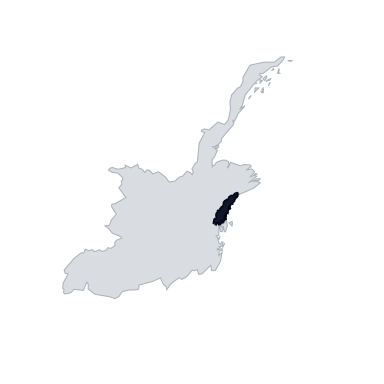 Thandwe, Rakhine, Myanmar (highlighted), rotated 227°
{"feature_id": "60261553B46892654123535", "entity_name": "Thandwe", "entity_type": "district", "adm_level": 2, "iso_a3": "MMR", "parent_name": "Myanmar", "parent_adm1": "Rakhine", "projection": "albers", "projection_center": [94.444, 18.437], "detail": "fine", "context": "in_parent", "style": "filled", "palette": "ink", "viewbox_px": 384, "rotation_deg": 227, "n_neighbors": 0, "source": "geoboundaries", "source_scale": "gbopen_adm2", "svg_char_len": 9028}
<svg xmlns="http://www.w3.org/2000/svg" viewBox="0 0 384 384"><g transform="rotate(227 192 192)"><path d="M249.3,171.2L245.4,169.4L242.6,171.2L238.3,170.7L238.9,174.4L236.5,175.7L232.1,175.5L229.6,181.3L220.7,182.9L214.8,182.0L211.6,187.1L211.5,192.9L209.9,196.4L210.7,202.5L206.9,204.1L204.5,203.8L205.8,206.6L208.9,207.7L210.8,213.9L210.3,216.4L222.8,230.5L226.8,241.8L229.7,240.2L230.7,241.3L229.5,244.3L225.8,246.7L225.5,258.7L219.3,261.7L219.6,265.7L220.4,268.5L226.1,276.3L232.4,281.6L236.0,287.3L236.9,295.8L236.1,299.3L237.9,304.4L241.2,307.6L245.2,320.9L238.1,332.9L230.8,340.8L230.1,349.0L227.7,351.8L226.5,349.2L225.7,340.7L229.3,335.2L230.2,324.6L232.4,322.3L231.2,321.3L228.3,322.1L229.1,313.6L227.4,313.3L228.8,311.4L226.7,297.3L220.8,287.4L219.9,283.1L219.2,288.9L218.5,287.8L218.1,280.0L214.7,271.4L215.1,270.7L216.6,271.4L215.2,269.5L214.0,269.9L213.0,267.8L211.0,250.1L208.8,247.6L209.5,239.9L211.0,237.9L205.1,238.8L202.3,232.4L202.0,228.8L196.1,223.5L197.1,225.2L196.1,227.0L197.1,230.0L194.8,235.7L192.4,238.3L189.2,239.3L186.7,237.8L186.1,234.8L185.1,234.8L187.4,240.4L178.0,245.3L176.6,248.7L171.8,253.2L170.3,252.6L171.0,246.6L168.2,251.4L164.2,251.6L163.3,245.2L161.7,248.9L159.4,250.1L160.1,239.4L159.5,242.5L155.7,246.7L152.0,248.1L152.9,239.3L157.8,225.4L158.2,220.8L155.5,209.7L151.2,200.4L152.5,200.3L149.6,197.6L149.2,190.7L147.4,193.2L147.2,197.5L143.5,195.2L140.0,189.2L141.4,188.7L145.5,191.5L147.8,189.9L148.4,188.0L142.0,182.1L143.6,179.7L141.5,179.7L136.1,176.9L134.5,177.4L135.2,179.9L134.1,180.6L132.0,176.8L133.5,174.9L132.2,174.8L133.1,171.5L132.6,171.0L130.0,175.4L128.5,174.3L130.2,172.1L129.5,170.8L127.2,168.2L127.4,172.9L121.8,165.4L118.7,155.3L121.2,152.7L125.6,155.8L125.3,143.3L127.2,140.7L131.6,142.9L132.9,139.8L134.7,139.0L133.6,130.5L135.0,125.0L138.0,124.1L138.7,119.6L139.2,113.6L137.8,106.9L140.5,108.6L143.5,108.0L150.7,110.3L153.3,102.5L160.0,89.8L157.5,86.9L157.9,85.1L163.8,78.5L166.7,72.5L165.4,67.2L166.6,62.9L171.9,60.1L183.4,51.2L191.9,49.9L195.4,53.3L197.8,53.6L194.1,45.5L201.3,39.3L201.0,34.4L204.3,29.3L206.2,29.5L207.9,31.9L209.8,31.9L213.2,35.5L216.6,45.7L218.9,43.8L222.1,45.2L223.9,60.3L223.2,69.2L221.3,71.3L222.9,74.9L219.9,76.2L217.8,79.8L214.8,80.1L212.8,85.0L209.7,85.8L208.1,89.6L208.6,92.5L206.1,94.2L205.4,99.1L207.6,101.0L208.3,103.7L206.1,109.2L208.0,109.4L216.4,105.6L222.4,106.1L226.5,105.2L224.0,109.0L226.6,113.8L227.3,121.4L236.3,123.3L237.8,125.2L235.9,127.6L233.1,139.9L245.0,141.3L245.5,146.0L248.1,147.6L248.5,150.2L250.1,151.0L256.5,150.7L260.2,147.3L264.9,145.7L265.3,148.4L264.3,150.4L259.1,153.4L255.7,159.1L255.5,160.3L257.2,161.4L251.1,163.8L249.3,171.2ZM143.7,185.9L147.5,188.2L146.8,189.9L144.4,190.0L142.5,187.0L143.7,185.9ZM222.3,305.8L224.9,309.3L222.5,311.8L222.3,305.8ZM143.2,201.2L141.2,199.9L139.9,198.0L144.2,198.1L143.2,201.2ZM226.3,321.0L226.5,325.6L224.9,325.2L223.8,321.3L226.3,321.0ZM157.8,248.0L155.2,251.0L154.8,248.5L158.4,244.8L157.8,248.0ZM208.6,243.5L206.9,242.6L206.7,239.9L207.9,239.1L208.9,240.4L208.6,243.5ZM221.2,326.8L220.8,325.2L222.4,321.4L222.2,324.7L221.2,326.8ZM220.4,335.5L222.7,338.9L222.3,339.6L220.3,336.9L219.0,337.1L220.4,335.5ZM227.7,318.3L225.4,319.4L225.2,316.1L227.7,318.3ZM222.9,351.6L220.0,354.7L220.3,353.0L222.9,351.6ZM131.3,177.3L132.3,181.1L130.5,176.6L131.3,177.3ZM222.2,298.5L222.2,301.3L221.3,296.7L222.2,298.5ZM140.0,180.0L140.4,182.4L138.8,179.0L140.0,180.0ZM219.5,315.1L217.7,313.7L218.3,312.7L219.2,312.9L219.5,315.1ZM218.2,310.9L217.1,312.9L216.0,311.8L216.9,310.9L218.2,310.9ZM218.7,322.4L218.8,324.1L217.4,320.2L218.7,322.4ZM161.9,251.5L160.7,251.5L162.3,249.5L162.4,250.3L161.9,251.5ZM226.9,335.7L225.8,335.4L226.6,333.5L226.9,335.7Z" fill="#d9dde1" stroke="#a8b0b8" stroke-width="1"/><path d="M162.1,207.0L161.7,206.8L161.0,205.3L160.6,205.1L160.6,204.7L160.8,204.6L160.9,204.3L160.8,203.8L161.0,203.7L161.1,203.4L160.5,203.2L160.2,202.7L159.9,202.3L159.9,202.0L160.1,201.8L160.8,201.8L160.7,201.5L160.8,201.3L160.6,201.1L160.6,200.8L160.6,200.7L160.1,200.0L160.2,199.7L159.9,199.6L159.8,199.2L160.1,199.0L160.1,198.8L160.2,198.7L160.4,198.8L160.9,198.7L161.0,198.5L161.0,197.9L160.7,197.5L160.4,197.4L160.0,197.1L160.0,196.4L159.8,196.4L159.9,196.2L159.5,195.6L159.8,195.1L159.5,194.8L159.3,194.2L158.9,194.0L158.7,193.7L158.4,193.5L158.2,193.1L157.8,193.0L157.7,193.2L157.3,193.2L157.1,192.6L156.8,192.5L156.8,192.3L156.6,191.9L156.5,191.7L156.3,191.1L156.5,190.8L156.8,190.8L157.0,190.6L157.1,189.8L156.9,189.6L156.7,188.9L156.4,188.6L156.2,188.6L156.2,188.4L155.7,187.9L155.6,187.3L155.3,187.1L155.2,187.1L154.6,186.6L154.6,186.3L154.4,186.3L154.4,186.5L154.8,187.2L154.6,187.5L154.6,187.9L154.4,187.9L154.2,188.1L153.8,188.1L153.4,187.6L153.2,187.6L153.1,187.8L153.0,188.1L152.9,188.2L152.6,187.4L152.1,187.4L152.1,187.2L151.9,187.4L151.6,187.3L151.7,187.6L151.8,188.1L151.7,188.6L151.9,188.8L152.3,188.9L152.3,189.2L152.3,189.8L152.0,190.3L152.1,190.5L151.7,190.8L151.5,190.7L151.5,190.8L151.3,190.9L151.3,190.6L151.0,190.6L151.2,190.4L151.2,190.1L151.2,189.9L150.9,189.6L150.4,189.5L149.9,189.4L149.7,189.2L149.0,190.3L149.0,191.0L149.3,191.6L149.6,191.6L149.2,191.7L148.9,193.1L149.0,193.6L149.4,193.5L149.6,192.8L149.4,192.4L149.6,192.8L149.5,193.5L149.9,193.1L149.9,192.5L150.0,193.1L150.5,193.1L150.6,192.7L150.6,192.9L150.5,193.1L150.0,193.1L149.7,193.5L148.9,193.9L148.9,194.3L149.3,194.4L149.5,194.2L149.8,194.2L150.0,193.9L150.3,193.6L150.5,193.6L150.8,193.6L150.6,193.8L150.5,193.7L150.3,193.5L150.3,193.8L150.0,193.9L149.9,194.2L150.4,194.3L149.5,194.4L149.2,194.9L149.5,195.0L148.9,195.8L149.1,196.0L149.1,196.7L149.3,196.8L149.0,196.9L148.9,197.6L149.3,197.6L149.6,197.9L149.8,197.8L150.0,197.4L150.0,196.8L150.3,196.3L150.1,197.0L150.1,197.4L149.9,197.8L149.6,198.0L149.5,197.9L149.3,197.6L149.1,197.7L148.7,198.3L149.0,198.5L149.4,198.4L149.6,198.1L149.9,198.3L150.1,198.0L150.3,197.8L150.5,197.8L150.3,198.0L150.3,198.3L150.7,198.1L150.9,197.6L151.2,197.6L151.2,197.8L150.9,197.7L150.8,197.8L150.9,198.4L150.8,198.7L151.3,198.5L150.9,198.8L150.7,198.8L151.3,199.6L151.5,199.5L151.4,199.4L151.6,199.2L151.7,199.3L151.5,199.9L151.7,200.1L151.8,200.0L151.9,199.6L152.1,199.5L151.9,199.7L151.9,200.0L151.7,200.2L151.9,200.4L152.3,200.4L152.5,200.1L152.5,200.4L152.8,200.3L152.9,200.5L152.7,200.4L152.6,200.5L152.0,200.6L151.5,200.3L151.1,200.4L151.1,200.5L151.4,200.6L152.1,201.2L151.1,200.6L150.9,200.3L150.7,200.3L150.8,200.5L152.0,201.5L152.4,202.0L152.5,202.6L152.4,202.7L152.6,203.3L152.5,203.7L152.8,203.5L152.7,203.7L152.8,203.9L152.7,203.8L152.4,204.0L152.7,204.2L152.6,204.3L153.2,205.1L153.3,205.4L153.6,205.6L153.8,206.1L154.0,206.3L154.0,206.9L154.7,206.9L155.0,207.2L154.9,207.6L155.1,207.8L154.9,207.9L154.7,208.0L154.9,208.2L154.7,208.3L154.4,208.2L154.1,207.7L154.2,208.1L153.9,208.1L153.8,207.8L153.6,208.4L153.7,208.9L154.0,209.0L154.0,208.9L154.5,208.9L154.7,209.0L155.0,208.9L155.2,209.0L155.5,209.7L155.2,209.8L155.6,210.3L155.9,210.1L155.9,209.7L156.0,209.6L156.0,209.9L155.8,210.4L155.9,210.6L155.7,210.4L155.8,210.7L155.6,210.8L155.9,210.8L156.3,211.9L156.4,212.8L156.3,213.1L156.5,213.4L156.5,213.5L156.4,213.2L156.2,213.1L155.9,213.4L156.0,213.4L156.0,213.5L155.8,213.4L155.8,213.2L155.6,213.2L155.5,213.3L156.4,215.0L156.5,215.8L156.3,215.9L156.5,216.4L156.3,216.8L156.4,217.0L156.5,217.2L156.7,217.3L157.0,217.5L157.4,217.9L157.3,218.2L157.3,218.3L157.2,218.4L157.3,218.6L157.3,218.9L157.5,219.0L157.6,219.7L157.8,219.4L157.9,219.6L158.0,219.3L157.9,219.6L158.1,219.9L158.0,220.2L157.8,220.4L158.1,220.7L158.3,220.7L158.2,221.0L158.4,221.1L158.4,221.3L158.5,221.2L158.5,221.8L158.5,222.0L158.4,221.3L158.3,221.1L158.1,221.0L157.7,220.3L157.3,221.1L157.7,221.7L157.7,222.1L157.7,222.3L157.8,222.8L158.5,223.2L158.7,223.6L158.8,223.9L159.0,223.6L159.3,223.8L159.4,224.1L159.6,224.3L160.0,224.3L160.1,224.8L160.4,224.9L160.5,224.9L160.7,224.2L161.0,224.1L161.1,223.5L161.6,223.0L161.5,222.7L161.8,222.4L161.8,222.2L161.8,221.8L161.6,221.5L161.5,221.1L161.3,220.9L161.4,220.7L161.6,220.6L161.5,220.2L161.5,219.8L161.6,219.7L161.5,219.3L161.8,218.9L162.3,218.8L162.4,218.7L162.5,218.4L162.9,218.2L163.0,217.7L162.9,217.6L163.0,217.3L162.9,217.2L162.9,216.6L163.1,216.3L163.2,215.9L162.9,215.6L163.1,215.1L162.5,214.6L162.4,214.4L162.3,214.2L162.0,213.4L162.1,213.2L162.3,213.1L162.3,212.8L162.6,212.7L162.6,212.4L162.9,212.3L163.0,212.1L163.1,211.9L163.0,211.7L162.9,211.6L162.8,211.2L162.6,210.8L162.7,210.6L163.0,210.6L163.0,210.3L163.3,210.2L163.4,209.8L162.9,209.3L163.1,208.8L162.9,208.5L163.1,208.1L163.0,207.9L162.9,207.8L162.6,207.8L162.4,207.3L162.1,207.0ZM150.3,198.3L150.3,198.1L150.4,197.8L150.2,198.0L149.9,198.4L149.6,198.2L149.4,198.7L149.8,198.8L149.8,199.0L150.5,199.0L150.7,198.8L150.7,198.1L150.4,198.3L150.3,198.3ZM148.9,195.3L149.3,195.2L149.1,195.0L148.9,195.1L148.9,195.3ZM148.8,195.1L149.1,194.9L149.1,194.6L148.7,194.9L148.8,195.1ZM148.5,194.1L148.7,193.8L148.6,193.7L148.4,193.8L148.5,194.1ZM152.3,203.8L152.2,203.8L152.3,203.9L152.3,203.8Z" fill="#0f172a" stroke="#020617" stroke-width="1.5"/></g></svg>